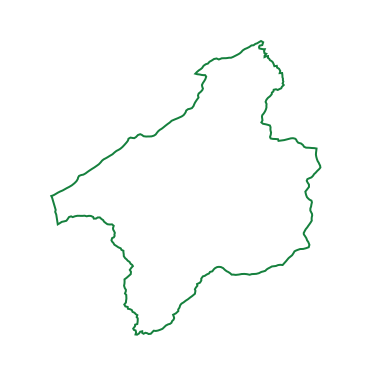 Nova Olinda, Tocantins, Brazil, rotated 63°
{"feature_id": "56859067B86492414525481", "entity_name": "Nova Olinda", "entity_type": "district", "adm_level": 2, "iso_a3": "BRA", "parent_name": "Brazil", "parent_adm1": "Tocantins", "projection": "equal_earth", "projection_center": [-48.366, -7.652], "detail": "fine", "context": "isolated", "style": "outline", "palette": "green", "viewbox_px": 384, "rotation_deg": 63, "n_neighbors": 0, "source": "geoboundaries", "source_scale": "gbopen_adm2", "svg_char_len": 5666}
<svg xmlns="http://www.w3.org/2000/svg" viewBox="0 0 384 384"><g transform="rotate(63 192 192)"><path d="M88.1,135.3L89.4,133.9L90.8,131.8L92.2,130.1L93.1,128.7L93.9,127.2L95.7,127.0L97.6,129.0L98.8,130.9L99.9,132.9L101.2,134.6L103.0,135.1L104.8,135.3L105.9,136.6L106.7,138.7L107.3,141.4L108.8,142.9L110.8,143.3L112.2,146.1L113.7,148.7L115.0,150.4L116.1,151.6L117.2,154.0L116.9,156.1L116.4,157.9L116.8,160.2L118.1,161.5L118.9,162.9L119.7,164.6L120.0,166.9L119.9,168.9L119.8,171.2L119.5,174.5L119.3,177.8L120.0,180.3L120.4,183.0L120.9,185.6L121.5,188.3L121.9,190.5L122.0,192.4L122.5,194.5L123.3,196.3L124.3,198.3L124.5,200.5L124.0,203.0L122.7,205.7L121.7,207.8L120.3,209.8L118.3,210.8L117.0,211.9L116.7,214.3L117.6,216.9L117.8,219.0L116.9,220.4L115.6,222.1L115.7,224.4L117.1,225.7L118.1,227.7L119.3,230.7L120.3,233.5L120.9,236.0L121.1,238.2L121.1,240.7L121.6,243.2L122.3,245.7L122.5,249.2L122.7,251.5L122.8,253.5L122.8,255.8L123.2,257.8L124.2,260.1L125.0,262.4L125.4,265.0L125.8,267.9L126.0,270.4L126.2,272.3L126.4,274.1L126.7,276.1L127.1,278.4L127.2,280.9L126.6,283.0L126.4,285.3L127.4,286.9L128.6,287.9L129.9,290.0L130.8,292.7L131.5,296.0L131.7,299.2L131.7,301.9L131.8,304.1L131.9,306.6L131.7,309.2L131.7,311.8L131.9,314.5L132.0,316.9L131.7,319.2L133.4,319.2L146.1,321.6L147.6,322.9L150.5,323.2L159.9,326.3L159.8,324.3L159.5,321.6L160.2,318.9L160.6,317.0L159.8,315.3L158.5,313.0L158.8,310.8L160.2,309.7L160.5,307.3L161.2,304.8L162.5,302.4L163.6,300.3L164.4,298.4L165.8,296.9L166.4,294.8L167.4,293.0L169.4,291.4L171.1,291.6L172.1,289.7L171.9,287.6L172.8,285.7L175.0,284.9L176.8,283.9L178.3,283.9L180.4,283.0L182.3,282.0L183.4,280.4L184.6,277.9L186.6,277.1L188.3,278.8L189.8,279.3L191.6,279.2L193.4,279.3L194.6,280.4L196.0,280.9L196.9,282.2L196.8,284.1L198.5,285.7L200.0,285.7L201.6,285.2L203.7,285.1L205.7,283.9L207.9,282.7L209.8,281.1L211.6,281.1L213.2,279.8L214.7,280.5L216.5,281.1L218.2,281.9L220.6,281.6L222.5,280.8L224.0,280.5L225.9,279.4L228.1,279.3L229.8,278.4L231.2,278.3L232.0,280.5L233.2,282.8L235.4,282.6L237.4,283.9L238.1,286.6L238.8,289.4L239.2,291.8L241.5,292.9L243.0,293.8L244.7,295.1L247.1,295.5L249.2,295.3L250.6,296.2L252.0,297.8L253.8,297.3L255.8,298.2L257.3,298.9L258.8,300.0L260.5,301.1L261.5,303.4L263.7,303.3L265.2,301.5L266.9,302.1L268.6,300.1L270.0,299.2L271.8,299.4L273.5,298.0L275.2,297.6L276.9,296.6L278.3,298.1L279.9,297.7L281.5,298.5L283.0,299.4L284.8,300.7L284.4,302.9L285.8,303.8L287.0,306.4L288.4,306.4L289.8,305.1L291.8,305.6L293.3,307.0L294.2,305.7L294.0,303.4L293.0,301.6L293.5,299.6L295.0,300.3L296.3,299.5L296.3,297.4L297.6,295.9L298.8,295.2L299.6,293.1L298.9,291.1L298.2,289.1L299.4,287.3L300.0,285.2L300.3,282.9L300.5,280.4L299.8,278.1L299.1,275.8L299.1,273.3L299.5,271.5L299.2,269.7L298.0,268.3L297.4,266.4L296.2,265.1L294.7,264.8L292.8,264.6L292.8,261.5L291.9,258.3L290.4,257.6L289.3,255.6L287.6,254.0L286.7,252.1L286.5,249.5L286.0,247.0L285.7,244.1L285.2,241.8L284.8,239.1L284.0,235.6L281.6,233.8L280.0,233.6L278.9,231.9L278.0,229.8L276.3,229.3L276.4,226.0L275.1,223.9L273.4,223.1L272.1,220.6L272.5,218.7L272.2,216.5L272.3,213.7L271.4,212.3L271.9,209.9L270.8,207.7L270.3,205.9L270.3,203.7L270.9,202.0L272.0,200.3L274.0,198.8L276.2,198.1L278.3,197.1L279.9,195.9L281.9,194.8L283.6,194.2L284.4,192.6L285.7,190.7L286.8,187.8L287.7,184.8L288.9,182.3L290.2,180.3L291.9,178.2L292.3,176.0L293.2,174.0L294.1,171.9L294.7,169.3L294.7,166.5L295.2,164.3L295.5,162.4L294.9,160.7L294.7,158.8L294.7,156.5L294.6,154.7L295.2,153.0L296.0,150.9L296.2,148.5L296.9,146.5L298.2,144.4L297.1,141.6L296.3,139.5L295.5,137.7L294.7,135.8L294.2,133.4L293.8,131.5L292.6,129.4L291.4,127.6L291.4,125.7L291.6,123.8L291.9,121.6L293.2,118.8L293.8,116.2L294.2,113.1L292.4,111.4L290.6,111.2L289.0,111.1L287.4,111.4L285.2,111.1L282.7,111.3L280.6,111.6L279.3,111.1L278.1,109.5L276.8,107.6L275.8,105.3L275.0,103.9L274.2,102.3L273.0,100.1L271.9,98.3L270.4,97.7L268.9,96.8L267.5,95.6L266.0,95.0L264.3,95.0L262.3,95.0L260.4,94.0L259.0,92.5L257.6,91.5L255.6,89.8L253.9,89.5L252.1,90.8L250.6,91.4L248.8,91.9L246.7,91.7L244.8,91.3L243.1,90.8L242.0,88.4L240.6,85.5L238.4,84.4L236.2,84.7L234.1,84.7L232.9,83.3L233.0,81.2L233.2,78.9L232.5,76.8L231.5,75.1L231.0,73.2L230.1,70.9L229.3,68.2L228.5,66.5L226.7,65.9L225.0,65.9L223.3,65.8L221.7,66.0L219.6,65.8L217.1,65.3L214.9,64.6L213.2,63.6L211.6,62.5L209.8,61.3L208.5,63.0L207.3,65.1L206.4,66.5L205.5,68.0L204.3,70.2L202.6,71.6L200.6,71.8L198.3,72.8L196.3,75.0L194.1,75.5L192.5,75.4L191.2,76.0L189.9,77.6L189.1,79.5L187.6,86.3L185.7,91.7L184.0,91.4L182.6,93.7L181.3,96.0L180.0,97.6L178.4,97.5L176.7,95.8L174.8,94.5L173.2,94.2L171.8,93.7L169.9,92.6L168.1,92.4L166.7,93.8L165.2,95.5L163.4,97.8L161.5,98.6L160.2,96.7L156.7,95.5L155.5,94.6L154.5,92.3L153.3,90.3L152.0,88.7L150.5,87.3L149.0,86.6L147.4,85.6L145.1,85.5L143.6,83.8L142.6,81.6L142.1,79.0L141.1,76.6L139.7,75.7L139.4,73.9L138.0,72.8L138.6,70.5L140.0,69.3L140.0,67.5L140.1,65.4L139.1,64.2L138.3,61.7L136.4,62.0L135.1,60.5L133.7,60.3L132.3,59.5L130.8,59.3L128.9,58.4L126.9,57.7L125.9,59.9L124.2,58.4L121.7,58.5L119.8,59.7L118.1,59.2L117.3,61.5L115.2,61.2L113.1,61.1L111.4,61.7L109.9,62.7L108.4,62.7L107.0,63.4L105.4,62.6L104.8,64.3L104.7,66.1L103.5,65.4L102.6,63.1L101.1,64.4L99.1,63.8L97.8,62.3L97.0,63.9L95.9,65.3L94.7,66.8L93.3,66.5L92.3,65.3L93.0,62.7L90.9,60.6L88.8,62.0L88.9,64.2L89.1,66.5L88.8,68.3L89.2,70.5L88.4,72.5L88.8,75.1L88.8,77.6L88.6,80.1L88.9,82.6L89.7,84.6L90.2,86.7L90.3,88.8L90.3,91.5L90.3,94.1L90.1,96.2L89.2,98.0L88.4,100.5L87.4,102.6L86.4,104.7L86.1,107.9L84.2,109.5L83.5,112.0L83.8,114.6L83.9,117.3L84.8,119.5L84.4,121.8L84.8,124.4L86.1,126.7L86.5,128.5L86.7,130.6L87.3,133.1L88.1,135.3Z" fill="none" stroke="#15803d" stroke-width="2"/></g></svg>